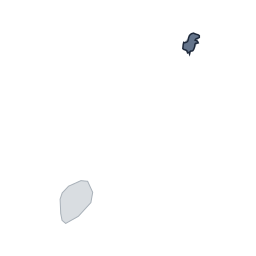 São Tomé and Principe, with Príncipe highlighted, rotated 10°
{"feature_id": "STP-4862", "entity_name": "Príncipe", "entity_type": "state/province", "adm_level": 1, "iso_a3": "STP", "parent_name": "São Tomé and Principe", "parent_adm1": "", "projection": "natural_earth1", "projection_center": [7.405, 1.615], "detail": "fine", "context": "in_parent", "style": "filled", "palette": "slate", "viewbox_px": 256, "rotation_deg": 10, "n_neighbors": 0, "source": "natural_earth", "source_scale": "10m", "svg_char_len": 939}
<svg xmlns="http://www.w3.org/2000/svg" viewBox="0 0 256 256"><g transform="rotate(10 128 128)"><path d="M94.5,223.5L83.2,232.8L79.1,230.4L76.6,223.9L73.5,209.9L74.5,203.3L79.6,195.6L90.8,188.0L97.5,187.5L104.4,197.5L104.4,207.9L94.5,223.5ZM178.2,40.0L174.2,43.3L169.3,40.5L168.0,35.5L174.3,25.7L177.2,23.3L179.7,25.4L181.2,28.0L181.4,31.9L178.2,40.0Z" fill="#d9dde1" stroke="#a8b0b8" stroke-width="1"/><path d="M182.5,26.4L181.9,27.0L180.7,27.6L179.5,28.4L178.8,29.8L180.4,30.1L181.8,31.0L182.4,32.0L181.4,32.4L179.8,32.9L179.4,34.0L179.5,36.8L179.0,39.3L178.4,40.6L177.6,41.1L176.3,41.4L175.9,42.1L175.9,43.2L175.8,44.6L175.5,44.1L175.2,43.2L175.0,42.8L174.3,43.2L173.6,43.7L172.6,41.7L171.1,41.1L169.5,41.0L168.2,40.3L167.9,36.4L168.0,34.0L169.0,34.2L170.8,33.3L171.7,32.2L172.0,30.6L172.0,28.5L172.5,26.1L174.0,24.2L176.0,23.2L178.0,23.7L181.0,24.1L182.2,24.7L182.5,26.4Z" fill="#64748b" stroke="#1e293b" stroke-width="1.5"/></g></svg>